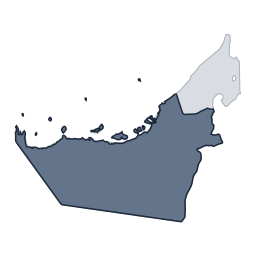 where Abu Dhabi sits in United Arab Emirates
{"feature_id": "ARE-349", "entity_name": "Abu Dhabi", "entity_type": "Emirate", "adm_level": 1, "iso_a3": "ARE", "parent_name": "United Arab Emirates", "parent_adm1": "", "projection": "robinson", "projection_center": [53.623, 23.935], "detail": "fine", "context": "in_parent", "style": "filled", "palette": "slate", "viewbox_px": 256, "rotation_deg": 0, "n_neighbors": 0, "source": "natural_earth", "source_scale": "10m", "svg_char_len": 8067}
<svg xmlns="http://www.w3.org/2000/svg" viewBox="0 0 256 256"><path d="M236.2,57.0L239.3,61.4L239.9,91.4L240.6,93.5L239.0,93.8L237.2,96.1L235.1,99.6L232.1,101.4L229.8,103.5L227.5,106.0L225.6,106.6L222.9,103.3L221.2,100.0L221.6,99.3L222.8,99.1L223.3,97.4L222.5,94.9L220.8,94.0L218.6,93.9L216.5,95.0L214.3,97.2L213.0,99.5L212.8,104.3L213.4,109.6L213.4,112.1L212.2,115.3L211.8,120.1L212.7,123.7L213.5,125.9L213.6,127.7L211.5,133.5L213.3,134.6L219.3,135.0L221.1,139.0L222.3,141.7L222.0,143.3L217.8,144.5L212.4,145.8L208.5,145.4L201.6,147.2L197.9,149.9L199.0,151.6L200.2,152.9L200.8,156.6L199.8,161.7L197.8,166.7L195.4,172.9L192.5,180.0L188.7,190.8L185.4,199.2L185.1,205.3L185.2,209.2L184.8,217.2L181.7,221.5L181.0,221.6L177.3,221.1L176.0,220.9L172.4,220.4L166.9,219.7L159.8,218.6L151.3,217.4L141.8,216.1L131.7,214.7L121.3,213.2L110.8,211.7L100.7,210.3L91.3,209.0L82.8,207.8L75.7,206.7L70.1,206.0L66.6,205.5L65.3,205.3L61.4,204.7L59.3,201.8L56.7,198.2L54.1,194.7L51.5,191.1L49.0,187.5L46.4,184.0L43.8,180.4L41.3,176.9L38.7,173.3L36.1,169.7L33.6,166.2L31.0,162.6L28.4,159.1L25.9,155.5L23.3,151.9L20.7,148.4L18.2,144.8L16.5,142.4L15.5,139.8L15.4,132.7L15.4,131.2L17.1,128.3L17.9,130.4L19.9,133.1L23.1,132.4L24.7,132.9L25.8,142.7L28.2,146.1L31.1,147.5L41.1,148.3L47.3,147.0L59.5,140.6L65.9,138.3L83.6,138.7L97.7,141.4L119.8,142.9L124.1,142.5L136.0,137.4L143.3,132.9L147.7,131.6L150.5,127.3L152.4,121.6L154.1,117.9L156.2,116.1L158.3,113.0L159.9,107.8L164.0,102.7L180.4,90.1L189.9,79.5L190.8,76.1L196.0,70.9L200.1,65.3L219.5,49.2L223.4,42.6L225.7,35.2L225.9,34.6L227.6,34.3L230.0,35.4L230.3,41.0L229.4,46.3L229.4,51.8L229.0,54.8L230.9,57.3L234.0,58.4L235.3,58.3L236.2,57.0ZM235.6,79.6L235.9,77.2L235.4,76.0L233.4,75.9L232.5,77.9L232.3,80.8L233.7,81.0L235.6,79.6ZM125.7,137.1L125.7,138.9L121.0,138.4L119.7,139.4L115.8,138.8L112.0,137.5L114.6,135.3L121.3,132.7L124.1,135.0L125.7,137.1ZM97.9,132.7L94.4,133.0L91.3,130.9L97.9,128.2L99.7,126.9L101.6,124.4L103.2,126.6L101.5,130.0L100.2,131.5L97.9,132.7ZM150.9,122.7L150.5,123.7L149.1,123.6L145.8,122.7L144.8,121.1L146.8,119.3L147.7,119.2L149.0,121.1L150.9,122.7ZM64.4,131.0L63.6,131.4L62.8,128.5L62.9,127.6L65.0,126.2L66.3,128.6L64.4,131.0Z" fill="#d9dde1" stroke="#a8b0b8" stroke-width="1"/><path d="M213.2,109.0L213.9,110.7L214.1,111.8L212.8,113.0L212.5,114.9L211.8,115.6L211.4,116.4L211.4,117.5L212.0,119.8L211.9,122.8L212.1,123.6L212.4,124.0L213.3,124.6L213.7,125.1L213.8,125.6L213.6,128.2L213.3,129.0L211.5,132.4L211.2,133.4L211.2,134.2L211.8,134.5L214.7,135.2L215.5,135.2L218.1,134.1L219.5,134.7L220.3,136.7L220.9,139.0L222.6,142.3L222.1,143.2L219.1,143.9L213.7,146.3L212.8,146.2L211.6,145.2L210.8,145.4L210.0,145.7L209.3,145.7L207.7,145.4L206.2,145.4L204.9,145.6L203.6,146.2L201.3,147.5L199.3,148.3L197.3,148.7L197.1,149.5L197.5,150.5L198.3,151.3L200.0,152.3L200.8,153.5L201.0,155.1L201.2,159.2L201.0,159.9L198.8,163.4L198.4,164.3L196.8,171.1L196.2,172.1L194.4,174.2L193.6,175.6L193.0,177.4L192.1,182.8L191.1,186.1L186.6,194.5L185.2,199.7L185.0,201.3L185.3,209.3L184.8,217.2L181.7,221.5L181.0,221.7L62.7,204.8L61.6,204.4L60.6,203.5L16.5,142.5L15.8,141.2L15.6,139.8L15.7,134.9L15.4,132.8L16.4,131.3L16.5,128.9L15.6,126.9L16.6,125.8L17.0,126.7L18.0,128.3L18.2,129.3L18.1,132.5L18.4,134.4L19.1,134.8L19.8,134.1L20.2,131.6L20.6,132.3L21.0,134.0L21.3,134.5L21.5,134.7L22.0,134.7L22.4,134.6L22.6,134.3L22.7,134.1L23.4,131.6L24.3,130.9L25.2,132.5L25.4,133.7L24.9,137.1L24.9,138.4L25.5,141.1L25.5,143.5L25.6,144.1L26.0,145.2L26.1,145.7L26.6,146.7L27.7,147.0L30.0,147.1L30.5,147.2L31.0,147.5L32.2,148.6L32.5,148.6L32.7,148.4L32.4,148.0L32.3,147.4L33.3,147.2L36.0,147.4L36.3,147.3L36.6,147.4L37.2,148.0L38.7,148.7L41.0,148.3L41.9,148.5L42.3,148.2L42.8,148.5L43.5,148.2L46.0,148.1L46.8,147.8L48.6,146.7L49.4,146.5L50.9,146.5L51.5,146.3L53.2,144.7L54.7,144.3L55.6,143.9L56.3,143.3L56.9,142.1L58.3,141.5L60.4,139.6L61.3,139.1L61.9,138.9L62.4,138.5L62.7,135.9L63.6,135.3L64.5,135.7L65.2,136.4L66.9,138.9L67.4,139.1L67.8,138.7L68.2,138.5L69.2,138.5L71.1,139.1L72.2,139.2L72.8,139.1L74.3,138.5L74.8,138.5L75.9,138.9L79.8,139.2L82.0,138.5L82.2,138.3L82.3,137.7L82.6,137.7L82.8,137.9L83.2,138.5L84.6,139.7L85.5,140.1L87.3,139.2L88.3,139.6L89.2,140.1L90.0,139.9L89.3,139.5L89.1,139.0L89.0,137.7L90.1,137.5L91.3,138.1L92.4,139.0L93.2,139.9L93.8,141.1L94.2,141.4L96.8,141.5L102.8,140.2L103.2,140.2L103.6,140.5L104.2,141.3L104.7,141.6L105.4,141.8L106.1,141.8L106.6,141.5L107.5,142.1L108.4,142.6L109.2,143.8L109.5,144.1L109.9,144.2L111.0,144.1L111.8,143.6L113.1,144.1L115.2,142.9L116.6,143.3L122.3,143.4L123.4,143.2L124.0,142.7L126.8,141.1L129.8,140.6L130.7,140.1L131.7,139.9L132.9,139.2L134.8,138.9L136.3,137.7L137.1,136.9L137.4,136.1L137.9,135.7L140.9,134.7L143.4,132.8L143.8,132.7L144.2,132.0L145.1,132.1L147.0,132.9L147.4,132.3L149.1,130.8L150.0,129.5L151.8,125.6L151.6,124.3L151.7,123.6L152.5,123.2L151.8,122.8L151.8,122.4L152.5,122.5L153.7,123.1L154.4,123.2L154.1,122.5L153.3,121.6L153.1,120.9L155.2,121.9L155.7,122.4L156.0,122.4L155.8,121.0L154.9,120.5L153.7,120.5L152.4,120.2L149.7,118.3L148.6,118.0L148.6,117.6L149.2,117.5L149.7,117.1L150.2,116.5L150.5,117.3L150.8,117.6L150.7,117.1L150.9,116.6L151.5,115.8L151.8,115.8L152.2,117.3L153.1,118.7L154.2,119.6L155.3,119.5L154.4,118.7L154.9,118.7L155.9,119.1L156.3,119.1L156.9,118.1L157.1,118.0L158.8,114.2L158.1,113.9L157.7,113.4L157.9,113.0L158.7,112.8L159.2,112.5L159.3,111.7L159.6,110.9L160.4,110.5L160.4,110.2L160.0,109.9L159.5,107.9L159.7,107.5L159.0,106.9L159.2,106.0L159.6,105.5L161.4,104.2L161.9,103.3L162.1,103.0L163.6,103.8L164.3,103.7L165.0,103.2L165.2,102.4L164.6,101.6L169.7,98.4L172.0,96.7L173.4,95.3L174.3,94.6L176.1,94.0L176.5,94.6L182.3,112.1L182.8,113.2L183.3,114.0L184.3,114.3L185.2,114.4L195.1,114.0L196.4,113.7L197.8,113.1L201.0,111.2L206.1,108.9L207.2,108.2L210.8,109.2L212.7,109.2L213.2,109.0ZM114.3,138.2L112.2,138.0L111.7,137.8L111.7,137.4L112.4,136.6L113.0,136.2L114.7,135.5L115.6,134.6L116.1,134.2L116.9,134.0L117.3,134.0L118.4,134.4L118.7,134.2L119.8,133.3L121.6,132.4L122.0,131.8L122.3,132.4L122.0,132.9L122.7,134.0L124.1,134.9L125.7,135.2L127.0,135.8L127.5,137.3L126.8,138.6L125.4,139.1L123.7,139.1L122.3,138.5L122.4,138.0L122.1,137.3L121.5,137.1L121.0,138.1L121.4,138.5L120.1,139.3L118.6,139.7L117.0,139.5L114.3,138.2ZM97.4,132.4L96.8,131.6L96.1,131.5L95.2,131.0L94.8,131.8L92.3,131.5L91.1,131.7L90.9,131.4L91.0,131.1L91.3,130.4L93.2,130.7L93.6,130.5L94.8,130.0L95.3,129.5L97.8,128.5L98.2,128.5L98.6,129.3L99.1,129.6L99.5,129.4L99.6,128.8L99.5,128.2L99.2,127.7L101.0,124.9L101.8,124.3L102.1,125.4L103.2,126.1L102.9,128.2L102.3,128.9L100.5,129.8L99.6,130.4L98.5,130.5L97.8,131.0L97.8,131.6L97.4,132.4ZM61.7,129.0L63.0,127.1L64.1,126.4L65.2,126.8L65.7,127.7L66.0,129.1L65.9,129.9L64.9,131.3L63.3,133.0L62.6,132.3L61.6,130.0L61.7,129.0ZM149.2,123.6L144.8,122.1L144.8,121.2L146.7,119.4L147.3,118.3L147.6,118.3L147.3,119.5L147.6,120.5L148.5,121.1L150.2,122.1L151.1,123.0L151.1,123.6L150.5,123.9L149.2,123.6ZM138.0,134.4L137.6,133.4L136.6,132.9L135.4,132.6L134.4,132.0L133.9,130.5L134.5,129.4L135.5,129.0L136.1,129.6L137.9,131.6L138.4,133.0L138.0,134.4ZM141.6,130.7L141.1,131.1L140.3,131.4L139.8,131.4L139.5,131.3L138.7,130.3L137.7,129.6L137.5,129.3L137.7,128.4L138.1,127.9L138.6,127.5L139.3,127.3L140.0,127.3L140.9,129.0L141.9,130.3L141.6,130.7ZM50.1,117.4L51.1,118.2L51.4,119.5L50.8,120.6L50.3,120.9L49.6,120.5L48.8,119.7L48.8,119.0L49.6,117.7L50.1,117.4ZM144.3,126.5L144.8,126.9L144.8,127.7L144.3,129.3L143.6,129.7L142.3,127.3L142.2,126.9L142.5,126.9L143.0,127.0L143.7,127.4L143.7,127.2L143.6,126.9L142.9,126.3L142.8,125.8L143.4,125.8L144.3,126.5ZM138.9,78.8L139.9,79.1L140.3,81.0L139.7,80.7L139.1,80.7L138.3,79.8L138.9,78.8ZM35.8,133.0L36.3,132.7L36.7,133.4L36.6,133.7L36.7,134.0L36.4,134.7L35.9,135.3L35.3,134.8L35.5,134.4L35.5,133.8L35.8,133.0ZM85.2,98.2L86.1,98.3L86.2,99.2L86.1,100.3L85.8,100.0L85.7,99.8L85.3,99.3L85.1,98.6L85.2,98.2ZM22.7,113.7L23.2,114.1L23.4,114.6L23.0,116.0L22.7,115.8L22.7,115.1L22.8,114.7L22.6,114.8L22.6,114.4L22.4,114.5L22.5,114.8L22.2,114.5L22.1,114.0L22.5,113.7L22.7,113.7Z" fill="#64748b" stroke="#1e293b" stroke-width="1.5"/></svg>